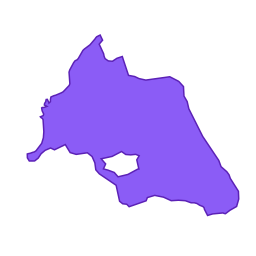 the border of Somogy, rotated 84°
{"feature_id": "HUN-3157", "entity_name": "Somogy", "entity_type": "County", "adm_level": 1, "iso_a3": "HUN", "parent_name": "Hungary", "parent_adm1": "", "projection": "equal_earth", "projection_center": [17.569, 46.411], "detail": "fine", "context": "isolated", "style": "filled", "palette": "violet", "viewbox_px": 256, "rotation_deg": 84, "n_neighbors": 0, "source": "natural_earth", "source_scale": "10m", "svg_char_len": 1766}
<svg xmlns="http://www.w3.org/2000/svg" viewBox="0 0 256 256"><g transform="rotate(84 128 128)"><path d="M96.4,208.8L94.9,208.4L93.5,207.3L93.2,207.1L91.1,206.4L91.1,205.2L92.1,204.9L93.9,204.2L94.9,204.0L93.7,202.4L91.3,202.1L89.1,201.4L88.1,198.3L87.8,196.4L86.0,190.5L85.2,188.7L79.5,182.0L77.9,181.2L66.3,180.8L64.2,179.9L57.3,175.2L55.6,173.6L54.9,171.6L53.7,170.2L46.1,164.7L44.8,163.0L41.3,157.1L36.0,151.5L35.0,150.7L34.0,149.6L32.6,146.0L38.0,144.1L41.6,147.9L51.6,144.5L54.0,144.3L56.6,143.6L59.2,140.6L60.0,136.5L57.5,131.7L56.3,126.2L59.7,125.5L75.7,122.0L77.5,116.0L80.0,111.9L82.2,105.3L81.4,81.1L86.9,72.7L92.6,68.5L102.1,69.0L107.9,66.4L115.3,65.5L144.2,54.6L169.8,41.1L176.2,39.5L181.8,34.3L185.1,32.4L188.9,31.5L202.5,24.8L210.2,25.3L217.4,28.2L220.5,35.3L223.4,40.0L223.1,41.2L222.4,42.4L222.3,52.8L223.3,58.0L216.8,60.5L215.1,60.7L213.9,61.8L212.3,64.8L210.3,67.3L209.3,69.9L209.0,73.0L206.3,78.6L205.1,85.4L204.8,92.6L200.5,99.9L197.8,108.5L199.2,116.0L202.3,117.6L206.4,135.1L203.7,137.2L202.8,141.2L200.0,144.0L183.7,145.8L170.6,161.3L166.2,164.4L159.2,164.6L152.6,166.7L148.4,171.0L148.8,182.3L146.4,188.1L137.9,192.1L142.0,203.4L139.8,207.1L141.5,212.7L144.5,217.1L148.6,220.5L151.0,224.3L150.5,229.6L147.2,231.2L143.3,230.9L143.1,230.0L142.9,227.9L142.2,225.1L142.0,223.6L141.0,221.8L134.2,215.4L128.9,213.2L122.9,212.1L110.7,211.6L109.4,212.3L109.0,212.9L108.5,213.5L107.7,214.0L106.8,211.0L105.3,210.4L101.9,211.6L99.0,211.8L98.6,211.2L98.8,209.6L98.0,206.4L96.4,208.8ZM160.6,122.6L156.8,119.8L155.0,123.1L155.0,128.1L154.1,133.0L150.7,136.9L154.6,146.8L155.8,157.9L161.4,154.0L166.1,156.7L167.8,152.3L170.8,146.3L175.5,143.0L174.2,133.0L169.9,122.6L169.9,121.5L160.6,122.6Z" fill="#8b5cf6" stroke="#5b21b6" stroke-width="1.5"/></g></svg>